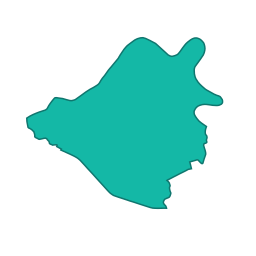 the district of Quan 9, Hồ Chí Minh city, Vietnam, rotated 259°
{"feature_id": "81297802B54605917200404", "entity_name": "Quan 9", "entity_type": "district", "adm_level": 2, "iso_a3": "VNM", "parent_name": "Vietnam", "parent_adm1": "Hồ Chí Minh city", "projection": "albers", "projection_center": [106.816, 10.829], "detail": "fine", "context": "isolated", "style": "filled", "palette": "teal", "viewbox_px": 256, "rotation_deg": 259, "n_neighbors": 0, "source": "geoboundaries", "source_scale": "gbopen_adm2", "svg_char_len": 3914}
<svg xmlns="http://www.w3.org/2000/svg" viewBox="0 0 256 256"><g transform="rotate(259 128 128)"><path d="M157.0,30.5L156.9,30.5L154.7,30.2L154.4,30.1L152.8,30.0L149.4,30.0L147.7,30.0L146.7,30.8L146.2,31.7L145.5,32.4L144.7,33.2L144.3,33.5L143.3,34.1L142.6,34.8L140.1,35.1L138.7,35.1L137.2,34.8L136.3,35.4L135.2,36.9L134.1,38.2L133.8,38.8L133.8,40.8L133.8,41.0L133.9,43.8L133.8,45.0L133.1,46.1L131.9,46.6L130.6,47.4L129.9,47.9L127.7,48.0L127.0,48.7L126.4,49.7L125.6,50.7L125.5,52.4L125.1,54.8L124.8,55.1L124.5,55.0L124.1,55.0L123.4,54.5L121.1,57.3L120.0,58.6L119.2,57.9L113.1,66.5L111.9,68.1L111.0,69.3L109.8,70.8L108.2,72.6L107.3,73.4L105.4,74.9L101.5,77.3L95.5,80.9L89.7,84.5L82.7,88.7L82.5,88.8L76.3,92.6L70.8,95.9L68.3,97.5L67.1,98.4L65.9,99.6L65.4,100.0L64.4,101.2L62.0,105.3L59.9,109.1L58.6,111.4L57.5,113.4L56.1,115.8L54.3,119.2L51.1,124.9L48.4,129.8L46.8,132.7L45.6,134.9L44.7,136.9L44.0,139.5L43.4,142.3L42.5,147.6L41.9,150.5L42.5,150.5L43.0,150.4L43.7,150.3L44.4,150.1L44.9,149.8L45.6,149.3L46.3,148.9L47.0,148.7L47.6,148.5L48.0,148.5L48.5,148.6L49.0,148.8L49.5,149.1L50.3,149.7L51.0,150.4L51.2,151.0L51.3,151.4L51.5,152.1L51.7,153.1L51.9,154.3L52.1,154.9L52.3,155.4L52.8,155.9L53.3,156.3L54.0,156.7L54.9,157.2L55.5,157.5L55.9,157.6L56.1,157.6L56.5,157.6L56.9,157.5L57.6,157.3L58.1,157.3L58.7,157.2L59.3,157.2L59.9,157.2L60.4,157.2L61.2,157.3L61.6,157.4L62.0,157.5L62.7,158.0L63.2,158.3L63.7,158.3L64.1,158.3L64.8,158.2L65.6,158.1L66.1,158.1L66.5,157.9L67.0,157.7L67.7,157.3L69.1,156.2L69.3,156.6L69.5,157.1L69.7,158.0L69.9,158.7L71.4,163.7L72.1,166.2L73.2,169.9L74.2,173.6L75.1,176.8L75.8,178.9L75.9,179.4L75.9,179.9L75.9,181.0L75.9,182.5L80.7,182.3L82.9,182.1L83.4,188.4L83.6,189.5L83.4,190.3L82.8,190.9L79.8,192.8L78.9,193.8L78.9,194.4L79.2,194.8L82.9,196.7L87.2,199.2L88.6,199.5L90.4,199.5L91.8,199.4L94.2,199.1L95.7,199.0L96.2,198.9L97.0,199.1L97.8,199.5L98.1,199.8L98.2,200.1L98.2,200.5L98.3,201.6L98.5,202.0L98.7,202.4L98.9,202.6L99.2,202.7L99.7,202.7L100.1,202.7L100.5,202.6L100.8,202.6L101.2,202.7L101.8,202.9L102.7,203.4L103.4,203.7L103.8,203.8L104.4,203.8L104.9,203.8L105.5,203.7L106.2,203.3L107.0,202.9L107.6,202.9L108.2,202.9L109.2,203.0L110.6,203.4L111.7,203.8L112.7,204.3L114.5,205.3L116.0,203.8L118.9,201.0L121.3,199.0L123.8,197.6L126.0,196.6L128.0,195.9L129.3,195.7L130.2,195.8L131.2,195.9L131.9,196.2L132.3,196.4L133.6,197.4L134.9,198.7L135.8,200.2L136.2,201.1L136.6,202.9L136.8,205.6L136.6,207.6L136.2,209.4L135.3,212.2L134.1,215.6L133.2,219.2L133.0,220.4L133.0,221.8L133.3,223.1L133.6,224.2L134.2,225.0L134.7,225.5L135.5,225.8L136.8,226.0L138.0,225.9L140.3,224.9L141.2,224.4L141.7,223.8L142.2,223.1L143.3,221.1L144.3,219.7L144.5,219.3L150.4,212.3L151.4,211.3L153.3,209.8L155.1,208.4L157.4,206.8L158.8,206.0L160.1,205.3L161.2,204.9L163.4,204.0L165.5,203.6L168.5,203.5L172.0,204.0L173.2,204.3L174.5,204.9L175.3,205.4L176.1,206.2L181.9,212.4L185.3,215.8L187.4,217.2L189.4,218.1L191.3,218.7L193.6,218.9L195.5,218.8L197.1,218.5L198.8,217.6L200.3,216.6L201.5,215.5L202.3,214.4L203.1,213.0L203.4,212.0L203.6,210.6L203.5,209.5L203.2,208.0L202.5,206.1L200.9,202.9L199.7,201.0L198.5,199.5L196.1,196.8L193.2,193.8L191.6,191.9L190.9,190.9L190.5,189.9L190.1,187.9L189.9,185.3L190.1,184.3L190.6,183.2L192.0,181.4L195.8,178.6L205.7,171.2L209.8,166.1L212.6,162.3L213.8,159.9L214.1,157.3L213.9,154.9L213.8,154.1L213.1,151.5L210.9,146.8L209.0,143.0L207.7,141.2L205.9,139.0L201.0,134.1L200.7,133.9L199.2,132.5L198.3,131.8L190.9,122.8L190.3,122.0L188.4,119.7L183.9,115.0L181.7,112.3L179.9,110.5L177.6,108.5L176.7,107.4L176.1,106.3L175.0,103.5L174.3,101.6L173.2,98.0L171.4,93.5L168.9,88.2L165.9,81.6L165.7,80.2L165.6,78.3L165.7,77.3L166.2,75.8L167.7,72.7L169.4,69.4L170.6,65.8L171.4,63.6L171.6,62.3L171.4,61.6L171.0,61.1L169.5,59.2L166.9,56.3L165.2,54.6L162.3,52.2L161.4,50.4L161.1,48.0L160.6,44.0L160.1,41.1L159.3,37.3L158.3,33.8L157.0,30.5Z" fill="#14b8a6" stroke="#0f766e" stroke-width="1.5"/></g></svg>